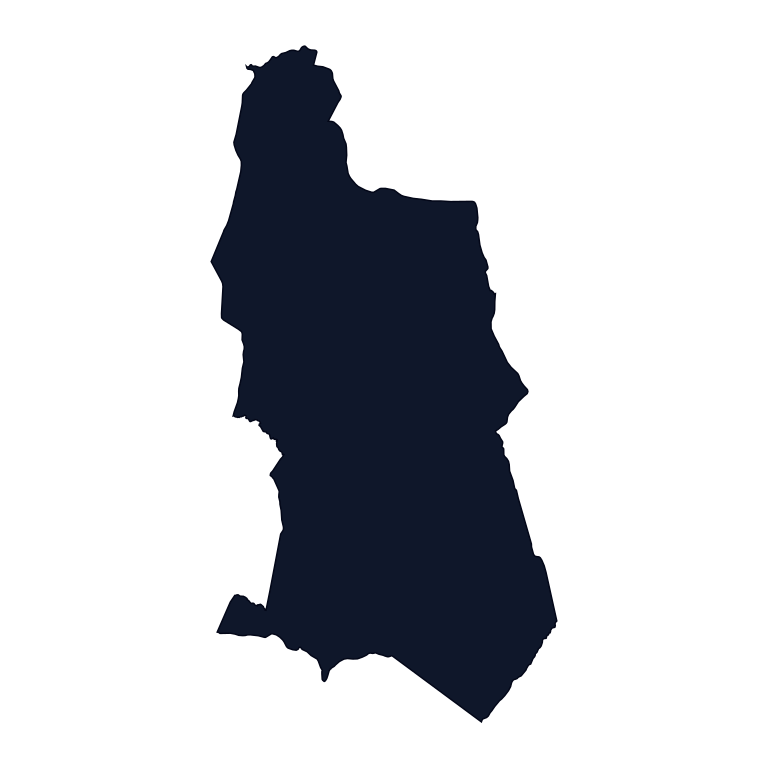 Maringue, Sofala, Mozambique (Natural Earth projection)
{"feature_id": "85939544B35485552295049", "entity_name": "Maringue", "entity_type": "district", "adm_level": 2, "iso_a3": "MOZ", "parent_name": "Mozambique", "parent_adm1": "Sofala", "projection": "natural_earth1", "projection_center": [34.474, -17.814], "detail": "fine", "context": "isolated", "style": "filled", "palette": "ink", "viewbox_px": 768, "rotation_deg": 0, "n_neighbors": 0, "source": "geoboundaries", "source_scale": "gbopen_adm2", "svg_char_len": 6058}
<svg xmlns="http://www.w3.org/2000/svg" viewBox="0 0 768 768"><path d="M495.4,293.7L494.3,294.2L493.9,293.1L492.7,291.6L491.1,290.4L490.2,290.5L488.6,286.4L486.7,275.6L485.4,272.9L485.3,272.1L485.5,271.2L487.8,268.6L487.9,267.0L486.0,260.1L484.1,257.4L482.1,252.8L479.9,245.1L478.5,234.6L477.7,231.8L476.0,229.8L475.8,229.1L475.8,226.4L477.4,222.5L477.7,220.0L477.8,217.6L476.9,208.1L475.6,204.0L474.5,202.2L472.8,201.5L471.0,201.4L450.6,201.6L440.6,201.0L432.1,201.0L421.5,199.3L413.2,198.4L404.0,196.4L401.5,195.5L398.8,193.7L394.1,190.1L385.4,188.4L381.2,188.4L380.0,188.6L373.7,192.3L371.8,192.3L365.6,190.3L358.2,186.5L355.6,184.2L350.8,178.5L349.4,176.3L348.1,173.4L346.9,166.1L346.0,162.5L346.7,155.3L346.4,147.3L346.0,143.9L343.6,138.2L342.9,134.5L341.6,130.4L340.3,128.2L337.8,125.5L333.8,122.1L331.9,121.5L328.2,121.2L337.9,102.6L340.1,99.3L341.1,96.8L341.0,95.7L339.4,93.1L338.7,90.7L333.6,81.0L332.8,78.6L332.4,73.5L332.0,72.3L331.1,70.6L329.9,69.5L328.8,69.0L322.9,66.8L317.5,66.2L313.5,65.1L316.8,52.3L316.8,51.9L316.4,51.0L315.7,50.5L314.6,50.2L310.8,50.0L309.7,49.6L308.4,49.1L307.1,48.1L305.3,46.3L304.3,46.1L302.9,46.6L301.6,47.5L299.8,50.5L298.8,51.2L297.4,51.3L294.0,50.3L291.7,50.3L289.8,50.7L285.7,52.6L281.6,53.6L280.4,54.5L278.6,56.5L276.5,57.7L275.2,57.6L273.7,56.6L272.4,56.8L270.2,60.0L268.8,61.8L267.4,62.8L265.6,63.5L264.0,65.5L261.7,67.1L260.3,67.5L259.2,67.4L255.5,66.1L252.7,66.2L252.3,66.0L251.6,65.0L251.1,64.7L250.4,64.9L249.0,66.7L247.5,67.1L247.0,66.9L246.5,66.4L247.0,68.3L248.0,69.2L250.5,69.4L253.2,70.4L253.5,70.9L254.8,73.7L255.0,76.4L254.8,77.7L252.0,82.5L251.5,83.8L246.4,90.2L243.9,92.7L242.9,94.2L242.6,95.5L242.3,102.8L241.8,106.2L236.2,134.3L233.9,142.2L234.2,144.9L235.9,150.4L238.0,155.1L240.4,159.0L241.3,161.4L241.4,165.2L240.8,171.6L236.7,189.5L235.9,191.9L235.3,195.5L233.6,201.8L233.3,203.8L228.6,220.7L226.7,225.5L224.0,230.2L223.5,231.8L211.2,261.6L221.7,281.1L222.6,283.4L223.0,286.6L221.5,313.5L221.6,317.5L221.9,318.2L223.6,320.0L238.4,329.2L241.4,331.5L242.0,332.6L242.3,334.4L242.1,339.9L243.7,344.1L244.3,346.7L244.2,349.2L243.6,351.4L243.2,354.7L243.9,361.9L242.4,368.2L241.4,377.4L240.1,383.5L238.9,388.2L238.7,391.1L238.8,395.7L238.4,398.4L237.5,402.6L234.2,411.8L233.2,415.8L233.9,415.5L234.3,416.3L235.5,416.9L236.6,417.0L237.5,417.4L238.5,417.2L239.2,417.4L240.1,416.8L241.3,416.8L242.6,416.1L243.7,416.0L244.2,415.2L244.6,415.1L245.7,415.6L246.1,416.1L246.2,416.6L245.8,417.7L246.0,418.1L246.4,418.4L248.0,418.6L248.5,418.9L249.6,421.1L250.1,421.5L250.7,421.5L253.0,420.4L253.9,420.4L254.8,419.6L256.9,419.9L258.1,420.8L259.3,421.0L260.4,422.8L260.5,423.4L259.3,424.1L259.1,425.4L260.5,426.5L263.2,431.3L263.9,431.6L266.0,431.9L267.1,433.4L268.8,433.9L269.5,434.5L270.4,438.1L271.0,438.9L271.6,438.9L273.3,438.0L274.0,439.1L274.5,439.3L276.5,439.4L277.3,439.8L277.5,440.8L277.3,441.0L276.5,440.8L276.4,441.1L276.9,442.4L276.6,443.7L276.9,446.4L277.4,447.1L278.0,447.4L278.8,449.5L279.7,450.8L281.9,452.1L282.5,454.6L283.1,454.7L283.5,454.3L283.9,454.5L282.6,456.9L280.4,459.3L272.6,471.1L270.9,472.9L270.5,473.8L270.3,475.1L270.3,475.5L272.1,476.8L272.6,477.7L273.8,478.9L279.1,490.8L279.2,492.0L278.9,494.5L278.8,497.1L279.9,501.7L280.0,504.4L281.2,510.5L281.8,519.9L283.4,526.8L283.5,528.3L283.2,530.2L280.7,534.0L269.9,591.0L266.0,610.3L265.1,610.2L264.8,609.0L263.9,608.2L263.3,606.6L261.0,604.6L260.4,604.3L258.6,604.8L257.8,604.8L257.6,605.0L257.6,605.5L257.3,605.9L256.3,605.4L255.4,605.3L254.6,604.7L254.1,603.7L253.5,603.3L252.4,603.2L251.4,603.5L250.1,602.5L249.3,601.3L248.1,600.2L247.4,600.0L247.3,599.3L246.9,598.5L245.4,597.3L243.3,596.3L240.4,596.2L239.3,595.7L238.5,595.0L237.9,594.8L236.4,595.0L235.4,595.5L234.8,595.4L230.3,602.1L217.2,632.1L218.8,632.5L220.0,633.4L230.3,633.2L235.1,634.1L238.7,635.3L242.5,635.6L245.1,635.5L247.4,634.9L250.2,634.8L258.3,635.7L264.4,637.3L265.6,637.3L271.4,633.8L272.6,633.8L276.3,634.8L279.8,637.1L282.7,639.9L284.0,641.7L286.6,646.7L288.1,648.1L292.7,649.7L296.2,650.2L297.9,649.4L298.4,648.8L298.9,647.6L299.2,647.3L300.6,647.3L302.2,649.4L307.1,651.7L311.1,655.5L317.1,659.0L318.3,661.0L320.7,667.6L322.3,670.2L321.9,671.6L321.9,674.0L322.2,679.3L322.6,680.1L324.1,681.4L324.5,681.4L325.4,680.7L326.7,678.6L327.7,675.7L329.1,670.8L330.3,669.0L330.8,668.9L331.3,668.1L334.2,666.3L335.6,664.8L339.4,661.5L343.9,659.1L347.4,658.5L353.0,659.0L357.5,658.8L362.3,657.1L365.9,655.4L367.3,654.5L368.2,653.6L370.0,653.0L372.8,653.4L375.6,652.8L378.9,654.2L383.4,655.3L384.4,655.8L387.3,656.7L388.8,656.7L391.7,655.7L392.4,656.0L481.4,721.9L481.9,720.4L482.7,719.0L486.6,717.5L488.3,716.0L490.0,712.9L491.9,710.6L494.7,706.5L499.5,700.7L501.6,699.0L504.9,695.4L508.5,690.6L510.6,686.6L511.4,683.3L512.0,681.7L513.0,680.3L513.8,679.6L515.7,679.1L517.1,678.5L518.3,677.2L521.2,675.8L525.9,670.1L526.5,668.5L528.3,665.4L528.7,664.9L530.7,664.0L533.0,658.5L534.5,656.8L535.1,655.6L535.3,653.9L537.0,652.2L538.5,648.7L540.0,647.6L541.2,645.9L542.3,642.5L542.5,640.2L542.8,639.5L543.5,638.7L546.1,638.3L546.8,636.0L547.2,635.3L548.3,634.9L549.1,633.0L550.1,632.8L550.5,631.5L550.6,630.2L551.7,628.5L552.3,627.9L554.8,627.3L555.3,625.8L555.0,623.7L555.6,622.2L556.8,621.0L546.0,572.3L544.2,565.8L541.9,560.4L540.3,557.8L539.0,556.9L536.5,556.6L534.8,556.1L533.5,554.3L531.5,547.0L531.4,543.9L518.3,498.5L516.4,490.3L514.7,488.5L513.0,480.4L509.6,471.1L509.2,464.5L508.5,461.4L506.8,458.6L504.6,456.4L503.8,454.8L503.7,449.1L503.5,448.4L502.2,447.2L501.9,446.4L502.7,443.0L502.6,441.7L500.4,438.2L499.1,435.5L498.1,434.5L496.8,433.9L495.9,432.7L495.5,431.0L497.9,429.5L501.1,426.8L505.1,424.2L506.2,423.2L506.9,422.0L507.5,417.1L508.4,414.7L509.0,413.7L511.5,410.7L513.0,409.4L514.6,407.4L518.3,401.7L523.8,396.4L527.2,393.6L527.9,391.6L527.4,389.6L524.1,386.0L521.9,383.1L520.5,380.7L518.8,375.5L517.7,373.5L511.1,367.3L507.3,362.4L502.0,351.1L500.0,348.0L499.3,346.7L498.6,344.3L494.2,336.1L491.1,328.8L491.0,321.8L492.0,318.3L493.1,316.2L494.2,313.2L494.7,309.7L494.8,301.7L495.4,293.7Z" fill="#0f172a" stroke="#020617" stroke-width="1.5"/></svg>